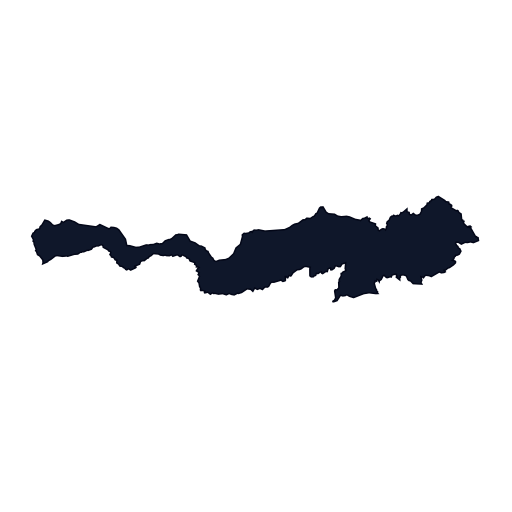 Salatrucu, Arges, Romania, rotated 267°
{"feature_id": "2599482B50481554090017", "entity_name": "Salatrucu", "entity_type": "district", "adm_level": 2, "iso_a3": "ROU", "parent_name": "Romania", "parent_adm1": "Arges", "projection": "albers", "projection_center": [24.508, 45.42], "detail": "fine", "context": "isolated", "style": "filled", "palette": "ink", "viewbox_px": 512, "rotation_deg": 267, "n_neighbors": 0, "source": "geoboundaries", "source_scale": "gbopen_adm2", "svg_char_len": 6115}
<svg xmlns="http://www.w3.org/2000/svg" viewBox="0 0 512 512"><g transform="rotate(267 256 256)"><path d="M299.8,451.2L300.3,448.2L301.5,447.5L305.7,441.5L305.4,441.4L305.8,440.9L305.3,439.2L303.2,437.1L303.2,434.5L302.3,434.2L301.3,432.4L300.0,431.9L299.8,429.8L298.1,429.4L295.2,426.1L294.4,423.9L291.8,423.6L289.1,421.9L288.3,419.7L288.3,417.6L290.3,415.3L288.8,413.2L289.5,411.4L291.5,411.2L292.2,409.1L295.1,409.2L292.1,405.4L291.4,403.6L291.7,403.0L290.1,402.2L288.6,400.5L289.2,399.3L288.7,398.4L288.7,396.9L289.5,395.6L288.4,394.4L288.7,393.8L287.7,392.3L284.7,390.8L283.4,388.9L281.7,388.2L280.7,388.8L279.1,388.5L278.2,387.7L277.0,387.7L275.2,386.7L276.1,385.9L276.6,384.2L276.2,382.8L274.6,380.4L275.7,379.3L277.6,379.3L279.9,376.7L281.8,377.0L284.0,371.5L285.3,370.5L287.2,372.0L287.9,371.1L287.6,370.5L287.7,369.2L289.2,368.9L287.9,366.0L287.9,364.7L285.9,362.1L286.4,361.3L287.4,357.0L290.1,351.5L290.9,348.5L290.7,343.2L291.6,339.5L293.6,336.6L294.4,330.6L296.1,328.3L301.3,325.6L300.7,324.7L300.8,323.9L301.5,324.3L301.5,323.1L300.5,321.9L295.6,319.3L295.1,318.0L292.7,316.3L292.4,315.2L290.6,312.2L291.1,308.7L289.6,306.8L289.7,304.9L286.4,300.0L285.8,296.3L284.7,293.9L282.8,291.2L280.8,286.1L280.4,266.3L282.0,260.0L281.7,257.7L282.0,255.5L281.2,254.3L279.8,253.5L280.7,252.6L280.2,251.0L279.4,250.2L279.0,246.8L279.3,245.3L277.8,243.4L276.0,243.5L268.4,241.0L265.1,236.5L259.4,233.8L255.2,228.9L254.0,225.5L253.7,219.1L252.7,216.3L252.8,215.1L253.8,213.7L256.1,212.7L257.1,211.4L261.6,208.7L263.1,208.3L263.7,206.8L265.1,205.6L266.7,205.4L268.8,201.8L268.9,200.1L272.3,195.8L274.3,191.0L280.7,187.7L281.8,179.9L281.3,178.5L281.3,177.1L277.9,173.0L276.9,170.8L277.0,169.7L275.9,166.1L273.1,163.0L273.2,161.4L272.9,160.6L273.9,157.5L272.8,154.1L272.9,151.2L272.5,149.4L272.8,146.9L270.9,140.0L270.9,136.4L272.9,130.4L273.2,127.5L279.6,126.5L289.3,120.4L291.0,118.3L291.9,115.6L292.3,112.7L291.2,111.8L291.0,110.2L295.6,101.7L293.9,98.8L293.5,97.5L296.8,80.6L299.5,76.7L301.8,71.4L301.7,69.0L299.6,65.4L300.7,63.7L298.5,62.7L297.6,60.4L296.8,56.5L297.6,54.5L300.1,52.4L301.7,50.4L302.9,47.0L298.2,43.9L296.6,42.0L294.4,41.3L293.8,38.1L292.2,36.4L291.1,36.1L290.5,34.6L287.5,33.0L284.1,34.6L282.3,34.2L281.7,35.0L279.3,35.1L274.1,36.9L272.8,36.2L272.1,37.0L268.8,37.9L267.4,40.0L263.3,42.9L260.6,43.0L259.3,42.6L261.2,47.6L262.2,48.4L263.3,50.8L266.7,55.7L266.8,57.7L265.8,62.8L266.0,67.1L265.6,67.9L267.2,74.5L267.3,78.2L268.9,80.7L268.9,82.1L269.4,82.8L269.2,84.2L270.5,87.6L270.4,88.8L271.4,92.0L273.5,93.7L273.5,94.7L274.5,97.4L274.3,99.0L275.5,102.0L274.5,103.7L272.7,103.9L270.0,108.4L268.7,109.2L267.9,111.0L267.0,111.2L265.0,110.2L264.1,111.2L262.6,111.6L261.9,113.9L259.4,115.3L259.1,116.9L256.4,116.6L255.1,118.4L253.1,119.5L252.5,122.2L251.5,122.8L250.6,124.5L249.5,125.1L248.9,126.2L250.0,128.0L248.5,130.1L250.5,135.1L251.0,135.5L251.4,134.3L252.2,134.3L253.9,139.3L256.7,140.5L257.3,142.7L257.2,144.2L259.4,147.1L259.7,148.4L261.1,149.4L261.7,151.0L263.8,153.7L263.1,158.8L261.9,160.6L261.3,163.5L261.7,165.3L261.1,166.5L260.8,169.6L261.7,171.7L260.1,172.9L261.4,177.5L259.4,180.1L259.6,181.1L261.0,181.9L261.0,182.4L259.0,186.1L257.7,186.7L257.0,188.9L254.5,189.9L252.6,194.7L251.0,194.3L249.7,196.1L248.2,195.9L248.3,197.5L247.5,198.5L246.8,197.4L244.3,195.7L242.4,198.4L240.4,197.2L239.5,198.2L238.5,198.5L233.9,196.4L232.0,197.7L228.3,198.1L226.8,199.0L225.0,198.7L224.3,199.2L224.5,200.4L223.5,203.2L222.1,202.6L221.8,202.9L222.4,206.0L220.2,208.4L221.5,210.7L220.7,211.9L220.9,213.0L219.9,216.5L220.2,220.7L218.8,224.3L220.0,227.2L218.9,229.6L218.3,232.2L219.9,235.7L219.5,236.4L220.3,239.7L223.7,245.4L223.0,249.0L220.9,251.0L224.1,253.0L222.6,255.6L223.5,258.2L222.2,260.7L224.3,262.9L224.6,263.8L224.4,265.9L225.0,267.0L228.2,269.0L229.0,270.2L228.9,272.6L230.6,279.7L229.2,281.5L229.7,283.7L230.2,284.1L234.0,284.1L233.9,285.2L232.6,286.0L232.6,286.6L234.9,287.9L234.2,289.6L234.4,290.0L237.2,292.0L240.1,296.3L240.2,298.6L240.8,300.4L242.8,303.3L243.0,305.4L241.9,309.6L240.4,309.1L233.7,308.8L232.8,309.2L232.2,310.5L232.3,312.3L233.0,312.7L233.5,314.5L235.5,315.4L235.2,316.9L237.0,320.0L236.8,320.6L235.5,320.6L234.9,321.6L236.9,324.9L236.7,326.4L239.3,327.2L239.9,328.2L240.2,329.8L238.3,329.9L238.2,331.1L239.6,333.4L242.0,334.7L241.9,336.0L241.0,338.0L241.0,339.7L243.5,341.4L244.6,345.2L238.7,344.4L236.7,345.1L235.3,341.8L234.3,341.1L234.1,340.1L231.5,340.1L228.4,338.0L227.4,337.7L226.4,338.1L225.5,337.2L219.9,337.1L217.9,335.1L218.1,333.4L217.0,332.7L210.0,333.4L207.7,332.0L206.9,330.5L206.4,330.4L206.2,331.2L207.2,334.6L212.4,338.3L211.6,340.6L211.8,343.0L212.5,344.5L212.3,345.2L210.9,347.2L209.4,351.3L212.8,361.6L213.4,367.0L212.2,373.8L212.2,375.7L212.9,375.1L213.7,375.6L214.7,374.7L216.3,374.5L217.1,373.8L222.7,372.6L223.6,373.4L225.0,373.7L224.5,375.2L226.4,375.5L225.9,376.7L223.9,377.7L224.8,377.9L226.0,379.8L229.5,381.8L230.1,382.8L227.7,385.1L227.5,386.2L228.3,389.0L227.9,389.9L229.9,390.9L230.6,394.3L230.4,395.3L229.3,395.2L228.7,396.0L228.3,395.3L227.7,395.8L227.3,395.2L224.6,398.3L226.5,398.3L227.2,399.1L229.0,399.1L229.5,400.9L229.3,402.9L228.3,405.1L224.5,406.5L223.5,407.5L223.1,409.0L220.2,411.5L219.3,420.1L221.0,419.3L223.1,420.3L226.8,419.6L226.4,421.0L225.5,422.1L227.4,423.6L227.9,424.7L227.3,427.9L226.3,430.0L230.5,438.2L229.5,440.2L229.7,442.9L230.3,444.2L231.9,443.1L232.0,444.4L233.9,447.0L234.3,448.6L236.8,452.7L238.7,454.8L239.9,455.0L240.6,454.4L241.4,451.7L242.8,453.4L244.5,453.9L245.5,455.2L246.2,455.3L246.4,457.4L247.3,459.2L250.1,460.9L252.7,459.8L253.3,458.5L255.0,458.1L256.0,456.9L258.3,455.9L259.4,456.7L259.0,459.0L257.1,461.7L258.7,465.5L258.4,468.0L258.9,471.0L258.0,473.8L259.8,479.0L262.7,478.7L262.9,477.9L263.7,477.3L263.2,476.6L271.6,472.4L273.0,471.6L273.2,470.9L273.8,472.3L274.8,471.3L274.2,469.6L274.4,469.4L273.7,468.7L277.5,465.2L278.4,464.9L279.8,465.5L280.4,464.2L281.1,464.2L281.2,463.3L287.3,463.0L288.8,460.9L290.6,460.1L291.0,459.4L290.7,458.3L294.0,453.3L294.7,453.1L295.6,454.1L296.4,454.0L297.5,452.7L297.6,451.7L299.8,451.2Z" fill="#0f172a" stroke="#020617" stroke-width="1.5"/></g></svg>